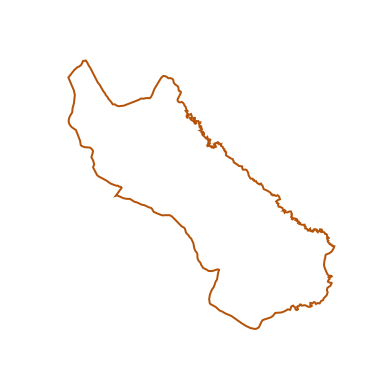 Samfya, Luapula, Zambia (Robinson projection), rotated 314°
{"feature_id": "96606910B51649803270254", "entity_name": "Samfya", "entity_type": "district", "adm_level": 2, "iso_a3": "ZMB", "parent_name": "Zambia", "parent_adm1": "Luapula", "projection": "robinson", "projection_center": [29.71, -11.747], "detail": "fine", "context": "isolated", "style": "outline", "palette": "amber", "viewbox_px": 384, "rotation_deg": 314, "n_neighbors": 0, "source": "geoboundaries", "source_scale": "gbopen_adm2", "svg_char_len": 6104}
<svg xmlns="http://www.w3.org/2000/svg" viewBox="0 0 384 384"><g transform="rotate(314 192 192)"><path d="M188.5,23.5L183.0,36.5L180.4,40.3L174.0,45.3L169.1,48.0L166.1,50.5L161.8,51.5L159.2,52.6L157.1,54.2L155.8,56.3L155.2,58.6L155.1,60.6L155.9,65.6L151.1,75.9L148.4,79.5L148.5,80.9L149.7,83.7L153.0,87.6L153.3,89.1L153.0,91.6L152.4,92.7L147.1,95.5L146.0,98.9L144.0,102.4L141.2,103.6L140.8,104.3L138.4,111.4L138.2,112.4L138.4,114.1L140.8,122.6L141.4,127.1L142.9,131.0L144.1,133.4L145.1,134.3L145.3,136.0L146.3,137.2L146.1,138.5L136.3,139.8L137.4,140.4L137.9,141.4L139.9,147.0L141.8,149.9L143.9,152.1L145.1,157.7L146.2,159.4L148.0,164.8L149.3,166.6L151.1,171.8L152.0,173.3L152.1,174.8L151.1,178.3L153.4,184.3L154.7,187.1L156.3,188.4L159.9,192.2L160.5,194.7L160.1,208.3L160.8,210.9L160.7,212.5L158.9,215.3L158.4,217.1L158.5,219.2L157.9,221.6L157.9,223.8L156.2,228.4L153.0,232.9L151.9,235.6L151.7,237.7L150.9,239.2L148.3,241.8L147.2,244.2L146.9,247.3L145.9,249.5L145.1,252.8L146.3,256.4L146.7,258.6L147.0,259.1L149.1,261.4L153.7,263.9L154.6,264.7L154.8,265.5L151.9,267.0L146.3,270.9L144.4,271.1L138.7,273.7L135.3,274.2L130.5,276.2L126.7,278.9L124.3,282.1L124.2,283.0L125.8,289.1L125.9,294.0L127.0,296.8L127.8,300.3L130.2,306.5L132.1,319.0L133.2,324.0L134.8,328.7L137.3,332.5L138.5,333.4L141.1,334.1L147.3,332.0L149.2,331.9L156.4,335.7L159.0,336.3L162.9,335.9L167.3,339.9L170.3,341.4L174.2,342.5L175.4,344.5L178.6,343.0L180.2,343.4L180.6,343.8L180.4,344.7L180.7,346.5L179.5,348.0L179.6,349.0L180.4,349.6L181.3,349.7L182.5,347.4L183.2,347.4L184.5,348.2L185.9,347.8L186.6,348.2L186.7,348.6L186.3,349.2L186.5,350.0L188.5,351.3L189.3,352.5L190.2,355.4L191.8,357.0L193.3,357.3L193.5,357.0L192.9,355.6L194.4,354.2L195.6,356.0L197.5,356.2L197.9,356.7L197.9,357.5L197.5,359.0L199.5,359.6L200.5,361.2L203.3,360.6L205.4,361.4L206.9,360.6L211.3,360.6L214.0,359.3L215.1,357.2L217.1,356.0L220.8,356.7L223.1,356.0L223.6,355.5L222.3,353.8L222.3,352.8L221.9,352.2L222.1,351.8L223.8,351.3L225.2,351.4L225.5,350.8L225.4,349.4L226.0,349.2L227.3,350.8L228.3,351.2L228.5,350.5L227.2,349.1L226.8,347.8L227.1,346.0L229.9,339.5L231.3,337.5L235.1,334.6L236.9,333.8L238.9,332.2L239.9,331.8L243.5,333.4L246.6,333.8L249.8,333.0L251.6,332.2L251.0,331.7L251.4,331.1L250.6,330.0L251.1,329.1L250.5,328.5L250.7,327.3L250.2,327.1L250.5,326.1L250.5,324.7L250.8,324.0L251.8,323.8L251.7,322.5L252.4,322.1L252.6,321.5L253.8,322.3L254.1,321.5L253.5,320.5L255.0,318.7L255.1,318.0L254.3,316.8L254.7,316.3L254.9,315.2L253.9,313.4L253.2,313.2L253.0,312.8L254.5,311.8L254.9,312.0L255.1,311.3L254.0,310.0L252.3,310.9L251.7,310.3L250.5,310.5L250.6,309.0L251.4,308.4L251.6,307.9L250.7,306.2L250.3,305.9L249.7,306.6L249.2,305.9L248.3,305.8L247.8,306.5L247.4,306.5L246.6,304.9L247.4,304.8L246.3,303.5L247.4,302.5L245.8,302.3L245.2,302.6L244.8,302.3L245.3,300.5L244.5,298.7L245.8,298.2L246.0,297.7L245.6,297.5L245.5,296.9L246.7,295.7L245.0,294.2L243.6,291.5L244.8,291.2L244.6,290.5L243.6,289.8L244.8,289.2L244.0,288.0L244.0,287.0L243.7,286.0L244.1,286.0L245.1,286.8L245.3,286.1L244.2,284.0L243.3,283.4L242.2,283.4L242.0,282.9L243.3,282.8L243.4,282.1L242.8,281.6L242.8,280.7L244.6,280.1L244.9,279.1L245.6,279.1L246.7,276.7L245.9,275.7L243.7,274.9L242.5,273.3L241.4,273.1L241.7,272.4L242.9,272.1L242.0,270.8L243.2,271.2L242.7,269.7L243.3,268.2L242.8,266.4L242.3,266.0L242.4,265.3L241.6,264.5L242.6,262.7L243.7,262.2L243.1,260.7L243.6,260.3L243.6,259.1L245.9,259.4L247.9,260.3L248.9,258.5L249.3,256.7L249.0,255.7L247.8,255.4L247.4,254.9L246.9,253.0L246.3,253.1L245.7,252.4L245.3,250.9L245.9,250.6L245.8,249.9L246.0,248.8L245.4,245.7L243.9,241.5L245.3,239.0L245.6,237.7L245.4,236.9L245.9,236.2L245.4,236.0L245.4,235.3L244.3,235.1L244.1,234.5L244.1,233.8L243.8,233.0L243.9,231.4L244.3,230.7L243.7,230.2L243.4,229.0L243.7,228.5L243.6,228.2L243.2,228.4L243.1,227.8L243.7,227.4L243.7,226.9L243.4,225.9L242.5,225.2L242.4,224.3L243.3,221.2L244.8,219.1L245.7,216.4L245.4,215.0L243.5,213.3L244.0,211.5L245.3,210.4L243.2,207.4L243.4,205.5L242.8,204.8L242.9,203.5L242.4,202.3L242.4,201.3L243.1,200.7L243.2,199.9L243.9,198.6L242.7,195.0L242.8,194.5L242.0,191.2L242.3,190.5L244.4,189.0L244.4,187.9L244.0,187.5L244.6,187.1L244.4,186.1L245.3,185.5L245.0,184.6L245.8,182.5L245.3,180.8L246.7,179.8L246.2,179.6L246.1,178.5L245.5,178.6L245.1,178.3L245.1,178.0L245.8,178.2L245.8,176.0L245.4,176.0L245.0,176.8L244.5,175.5L242.7,174.7L241.6,176.9L241.2,175.6L240.4,177.4L238.6,176.7L238.5,176.3L239.0,176.1L238.8,174.6L237.8,175.0L237.3,172.3L235.8,171.4L235.8,170.9L236.2,170.5L236.5,170.5L238.1,171.8L238.4,171.5L237.7,170.6L238.3,169.7L239.5,170.7L240.0,168.9L240.5,169.6L242.3,169.0L242.3,168.4L240.7,167.5L241.3,167.0L240.6,165.7L241.8,165.5L242.2,164.8L240.5,164.7L240.4,164.3L240.4,159.7L240.8,159.2L241.1,159.3L241.4,160.8L242.7,159.8L242.9,158.1L241.4,157.8L241.4,157.5L242.5,157.2L241.8,155.0L243.2,155.7L244.1,155.6L244.3,154.6L245.6,153.1L245.5,152.7L243.9,153.1L243.9,152.5L245.9,149.9L247.3,150.0L247.9,149.7L246.8,148.5L247.4,147.2L246.7,146.8L245.6,145.2L245.1,145.4L244.4,147.3L243.4,147.0L243.2,146.3L243.8,144.7L246.4,143.5L247.3,142.6L246.9,142.0L245.9,141.8L245.3,143.3L243.7,143.0L243.3,141.3L243.6,139.4L244.0,139.1L244.5,140.3L245.2,140.5L246.4,139.2L247.4,137.1L246.1,136.7L245.6,135.7L242.6,137.1L242.4,137.2L242.1,136.6L242.7,135.4L243.7,134.9L244.6,135.0L245.5,133.9L245.9,131.4L246.3,131.8L246.5,132.8L247.2,132.6L247.4,130.6L248.9,128.2L248.9,126.6L249.6,125.5L249.9,123.8L249.6,122.0L248.1,121.1L247.5,120.1L247.6,118.5L248.3,117.5L249.2,117.1L255.1,115.3L256.2,114.6L256.4,113.8L255.8,113.0L255.8,111.9L257.7,109.7L258.2,108.0L257.7,105.6L257.9,103.1L259.5,100.7L259.8,99.3L258.9,97.3L257.4,96.0L257.2,93.7L256.6,92.0L255.5,90.8L252.7,90.5L239.9,93.4L234.3,95.8L231.6,96.5L230.2,96.5L227.8,93.8L225.5,92.4L223.9,90.4L221.5,89.8L206.8,83.0L202.9,79.8L201.8,77.7L201.5,75.7L200.0,74.1L200.6,71.4L201.0,67.0L201.6,65.5L201.8,62.6L202.6,60.9L202.8,58.6L205.1,50.6L205.2,48.5L210.6,32.7L211.2,29.9L212.4,26.6L212.8,24.2L211.9,23.8L210.7,22.6L206.5,24.0L203.9,23.7L202.3,22.9L198.0,22.6L188.5,23.5Z" fill="none" stroke="#b45309" stroke-width="2"/></g></svg>